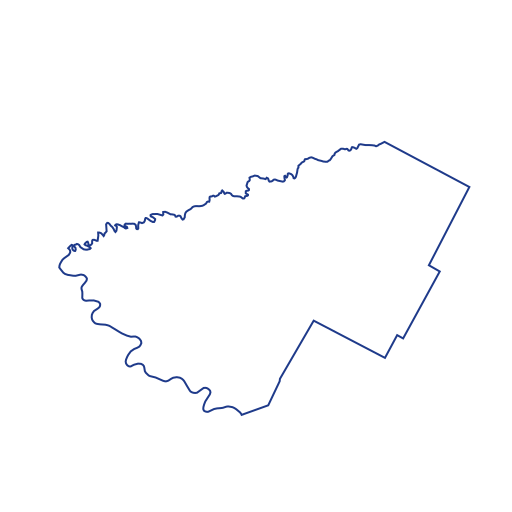 outline of Laishi, Formosa, Argentina, rotated 118°
{"feature_id": "61730980B73783012017414", "entity_name": "Laishi", "entity_type": "district", "adm_level": 2, "iso_a3": "ARG", "parent_name": "Argentina", "parent_adm1": "Formosa", "projection": "robinson", "projection_center": [-58.523, -26.515], "detail": "fine", "context": "isolated", "style": "outline", "palette": "blue", "viewbox_px": 512, "rotation_deg": 118, "n_neighbors": 0, "source": "geoboundaries", "source_scale": "gbopen_adm2", "svg_char_len": 6157}
<svg xmlns="http://www.w3.org/2000/svg" viewBox="0 0 512 512"><g transform="rotate(118 256 256)"><path d="M335.4,425.0L337.3,425.5L337.5,424.8L337.8,423.7L338.5,422.7L339.3,422.1L340.2,421.7L342.9,421.8L347.9,424.3L350.1,425.1L353.0,425.3L355.1,425.3L356.7,425.0L358.5,424.3L359.4,422.5L361.2,418.3L361.5,416.2L361.0,413.2L360.5,411.9L359.3,408.3L358.2,406.0L355.0,402.4L354.5,401.7L353.8,399.4L353.8,398.3L354.1,397.1L354.6,395.8L355.2,394.8L356.1,394.4L357.3,394.1L360.1,394.5L362.6,395.1L364.8,395.4L365.9,395.2L367.0,394.6L369.1,392.6L371.0,391.5L374.6,389.7L375.2,389.0L375.5,388.3L375.7,387.6L375.7,386.6L375.5,385.7L375.3,385.0L373.7,382.6L371.4,378.4L370.4,373.6L370.9,372.1L371.4,371.2L372.4,370.6L373.9,370.2L375.1,370.4L376.8,371.1L380.6,373.2L383.0,373.5L385.0,373.3L387.3,372.3L388.9,371.0L389.8,369.7L390.6,367.7L390.9,366.3L390.7,365.0L390.3,363.7L389.5,361.5L387.4,356.8L386.8,354.5L386.5,352.6L387.2,340.9L387.3,337.9L386.9,332.6L386.0,328.5L384.4,326.0L383.7,324.6L383.5,323.0L383.6,320.9L384.0,319.6L384.9,317.8L385.9,316.9L386.9,316.3L389.1,316.2L390.8,316.5L392.8,317.8L395.3,319.9L399.0,321.8L403.2,322.4L405.5,322.4L408.5,322.1L410.4,321.5L411.9,320.3L412.4,319.4L412.9,318.4L413.1,316.9L413.0,316.2L412.7,315.3L412.0,314.5L410.7,313.7L409.1,312.5L406.4,309.6L405.2,306.9L405.2,304.9L405.8,303.4L406.9,302.3L409.8,300.1L410.8,298.5L411.7,295.4L411.9,294.4L411.8,293.2L410.4,287.6L409.8,279.5L409.4,277.7L409.0,276.7L408.2,275.8L407.1,274.8L404.3,273.3L402.4,272.0L400.2,269.1L399.2,266.1L399.2,263.9L399.6,262.1L400.3,260.5L403.1,256.0L405.9,251.3L406.4,250.1L406.4,248.3L406.1,246.9L405.5,245.4L404.4,243.9L397.1,240.3L396.2,238.9L395.8,237.8L395.7,236.5L396.0,234.6L396.6,233.2L397.8,232.2L399.8,231.8L408.2,232.5L411.5,232.1L414.1,231.5L415.9,230.7L416.9,229.5L417.1,228.8L417.0,227.5L416.7,226.4L416.4,225.7L415.9,225.0L410.8,221.2L408.8,218.8L406.9,215.8L405.6,214.0L402.9,211.4L401.9,210.0L401.1,207.7L400.5,205.7L400.4,203.6L400.6,201.4L401.6,196.6L402.5,194.7L403.0,194.1L382.1,175.1L355.5,176.3L353.2,177.2L286.0,174.7L285.4,94.3L259.6,94.2L259.7,87.4L183.4,86.5L183.0,99.0L94.9,100.0L94.9,196.1L98.7,198.7L99.5,199.5L101.3,200.3L102.4,201.2L102.7,201.5L102.8,201.9L102.8,203.2L103.1,203.9L103.7,205.5L104.9,208.1L106.6,211.3L107.1,212.7L108.2,216.1L109.3,217.3L113.3,217.2L114.3,217.8L114.2,219.9L114.5,221.8L115.0,222.4L116.9,222.1L117.6,222.1L118.7,222.5L119.2,223.0L119.4,223.8L118.6,225.6L118.8,226.3L120.0,227.5L120.4,229.5L121.3,231.2L122.1,231.7L123.3,232.0L124.0,232.6L124.7,232.7L126.3,233.8L127.4,234.4L128.6,234.6L130.0,234.2L131.9,235.3L135.0,235.5L136.8,235.8L137.6,236.5L139.2,237.2L140.0,238.5L141.0,241.0L141.3,242.8L142.2,246.2L142.2,248.0L142.5,249.3L142.6,251.6L142.8,253.2L143.5,254.2L144.4,255.1L145.7,255.8L146.8,257.0L147.4,258.1L148.4,258.2L149.6,257.9L150.3,258.2L151.3,259.0L152.2,259.5L153.7,259.8L156.4,260.9L158.1,260.0L159.0,260.2L160.0,260.0L163.1,258.9L165.9,258.3L167.1,258.0L168.3,258.0L169.0,258.2L169.5,258.5L169.6,258.9L169.5,259.5L168.9,259.8L168.3,260.7L167.7,261.5L167.4,262.3L167.2,263.6L167.5,265.6L167.9,266.3L168.5,266.5L170.0,265.9L172.0,265.6L172.4,265.9L172.3,266.2L171.5,268.0L172.0,268.4L172.5,268.3L174.0,267.3L175.4,266.1L176.3,266.2L177.1,266.5L177.8,267.3L179.2,272.2L179.4,274.7L180.0,275.9L180.7,276.4L181.7,276.6L182.8,277.3L184.0,279.0L183.5,280.1L181.9,281.7L181.9,283.3L183.6,283.6L184.1,285.8L185.2,288.6L184.6,292.0L185.6,294.9L187.2,296.2L188.5,297.7L189.9,298.5L191.3,297.5L192.2,297.1L193.2,297.3L194.0,297.9L194.7,298.1L198.3,297.4L199.3,296.4L199.9,295.0L200.2,293.6L201.1,293.2L201.8,293.5L203.0,295.1L203.6,295.4L204.3,295.1L205.5,294.4L205.6,291.9L206.1,291.6L206.8,291.8L208.3,293.6L210.1,293.4L210.8,293.6L211.4,294.7L211.0,297.1L211.1,298.1L212.3,301.1L213.5,303.3L213.8,304.7L213.6,305.9L212.9,307.1L212.8,307.8L212.8,308.8L213.2,310.0L213.8,311.5L215.1,312.2L215.8,312.7L215.6,313.4L215.0,314.0L214.5,314.8L214.0,316.6L215.1,316.8L215.9,316.4L216.8,316.4L217.9,317.8L219.2,317.7L219.9,317.9L222.3,319.6L222.9,320.3L222.6,321.3L222.8,322.1L223.4,322.6L223.9,322.8L224.3,323.2L224.5,323.7L225.0,324.3L225.5,324.6L226.6,324.3L228.4,323.2L230.0,322.8L230.5,324.0L231.5,324.7L233.1,324.7L235.6,326.0L236.8,326.9L237.9,328.3L238.7,329.5L240.1,332.4L241.2,333.9L242.6,335.0L244.6,335.5L245.8,336.1L247.2,337.1L249.5,338.3L250.9,338.5L252.3,338.3L253.5,337.9L255.3,337.1L257.6,337.2L258.3,337.9L257.7,339.4L256.3,341.4L256.3,342.3L256.6,343.1L257.2,343.8L258.5,344.5L259.0,345.5L258.1,346.6L258.0,347.6L258.7,349.8L259.3,351.0L259.3,354.6L259.6,356.9L260.7,358.6L261.7,358.1L262.9,357.3L264.1,357.6L265.2,362.8L267.5,366.9L268.5,367.8L269.2,368.3L270.0,368.0L270.4,367.4L270.2,365.1L270.7,362.4L271.5,362.0L273.7,361.9L274.4,363.0L274.5,365.6L274.0,368.8L273.9,370.4L274.3,371.3L275.3,371.3L276.8,370.8L277.6,370.7L279.0,370.8L280.5,372.1L280.6,373.3L281.0,374.9L281.2,375.2L284.1,374.5L286.9,372.9L287.8,373.0L288.2,373.9L287.9,374.7L286.3,375.7L285.0,376.9L284.7,378.5L285.4,380.2L286.3,381.6L287.0,383.1L287.6,384.0L288.6,386.2L289.9,386.7L290.8,386.4L291.0,385.1L290.8,384.1L291.0,383.5L291.7,382.8L292.8,383.8L292.9,384.9L292.6,385.8L292.7,388.6L292.6,390.9L292.9,392.0L292.9,392.7L293.5,394.1L294.4,394.7L295.1,394.7L295.1,393.9L295.3,392.9L295.8,392.4L298.3,391.4L299.4,391.1L300.8,391.4L300.3,392.7L299.1,394.2L297.9,396.4L297.4,398.6L296.5,400.4L296.2,402.1L296.6,402.9L298.4,403.2L304.3,399.5L306.2,399.9L307.1,400.3L309.0,399.8L309.9,399.9L309.3,401.3L308.6,403.3L308.8,405.2L309.4,406.4L312.0,404.8L316.9,403.0L317.4,403.8L317.5,405.3L317.7,406.6L318.4,407.7L319.1,407.9L320.6,407.3L321.7,406.6L323.3,406.8L324.4,407.5L324.9,408.5L324.5,409.3L323.5,410.0L322.7,410.9L322.4,411.4L323.0,412.1L325.4,412.9L326.3,412.8L326.5,411.5L326.2,410.0L326.3,406.9L326.7,405.7L327.9,406.0L328.8,407.1L329.8,408.2L330.4,409.5L331.0,411.3L330.6,415.2L329.3,417.3L329.2,418.9L329.5,419.9L330.6,420.5L331.3,421.4L332.2,421.6L332.9,421.0L333.5,419.3L334.1,418.8L335.0,418.2L336.4,418.0L336.8,418.8L336.8,419.7L336.5,420.8L336.0,421.4L335.2,422.0L333.5,422.5L332.6,423.2L332.7,424.0L334.0,424.6L335.4,425.0Z" fill="none" stroke="#1e3a8a" stroke-width="2"/></g></svg>